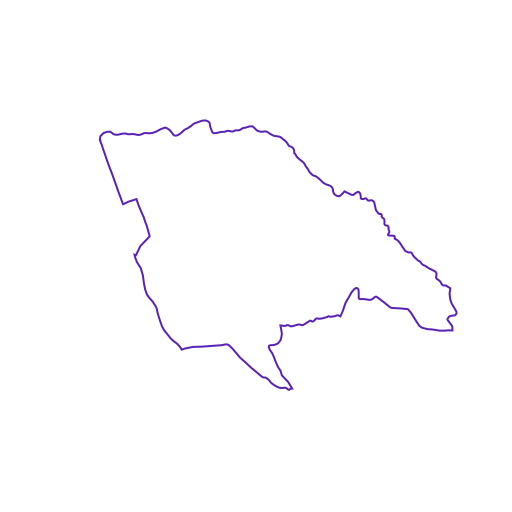 Coatepeque, Quezaltenango, Guatemala, rotated 42°
{"feature_id": "79465075B84423325132752", "entity_name": "Coatepeque", "entity_type": "district", "adm_level": 2, "iso_a3": "GTM", "parent_name": "Guatemala", "parent_adm1": "Quezaltenango", "projection": "mercator", "projection_center": [-91.974, 14.632], "detail": "fine", "context": "isolated", "style": "outline", "palette": "violet", "viewbox_px": 512, "rotation_deg": 42, "n_neighbors": 0, "source": "geoboundaries", "source_scale": "gbopen_adm2", "svg_char_len": 6120}
<svg xmlns="http://www.w3.org/2000/svg" viewBox="0 0 512 512"><g transform="rotate(42 256 256)"><path d="M62.8,274.5L68.0,277.1L68.8,277.7L82.5,285.3L89.9,289.2L91.8,290.1L92.6,290.5L97.7,293.2L109.4,299.6L116.5,303.3L122.5,306.5L123.7,304.0L124.7,301.3L129.1,293.7L131.9,295.3L135.6,297.3L144.4,301.4L146.5,302.2L147.7,302.9L147.9,303.1L151.7,305.2L154.2,306.4L163.8,312.5L163.6,320.6L163.4,326.0L164.8,330.7L166.3,335.9L165.9,336.2L165.0,336.4L166.5,337.6L171.6,340.2L178.7,342.2L184.9,346.1L191.5,351.7L196.3,355.2L200.8,357.6L203.6,358.3L210.0,359.1L214.0,360.2L216.0,360.8L218.0,361.9L221.3,364.4L228.3,368.5L230.8,369.8L233.0,371.1L237.3,372.6L247.7,374.3L251.1,374.4L256.3,374.0L259.8,374.3L263.5,375.3L265.0,372.5L269.9,365.8L276.2,359.8L279.0,356.9L290.2,345.2L292.4,342.2L293.9,340.9L296.0,340.4L301.0,340.6L312.2,342.2L320.2,342.1L326.4,342.3L341.7,341.7L343.2,341.0L344.4,340.0L346.3,339.6L348.8,339.5L350.5,339.9L352.3,340.1L354.9,339.9L357.6,339.5L359.9,338.8L361.5,338.3L363.0,337.3L364.4,335.9L365.5,334.6L367.1,333.8L369.6,333.7L370.1,333.4L370.3,332.0L371.6,330.3L364.2,328.1L355.1,327.4L350.8,324.8L346.9,323.9L340.3,320.9L337.2,319.2L334.9,318.2L333.4,317.5L328.4,316.3L326.0,314.6L325.8,313.7L326.4,312.7L328.5,310.6L330.2,307.9L330.8,306.1L330.6,302.2L329.5,299.9L327.3,296.5L323.7,293.6L320.6,291.3L321.7,290.4L322.8,289.8L323.4,289.3L324.5,288.4L325.1,287.0L325.6,286.4L326.2,285.9L327.0,285.5L327.8,285.4L328.7,285.1L329.3,284.6L329.9,284.0L332.7,279.5L333.3,278.6L334.4,277.7L335.2,277.2L336.5,276.6L337.0,276.1L337.4,275.3L338.6,270.7L339.0,269.6L339.4,268.0L340.0,267.5L341.7,267.0L342.1,266.6L342.4,266.0L342.5,265.4L342.5,264.4L342.4,263.7L342.7,262.0L343.7,261.1L344.3,260.9L344.8,260.5L345.5,259.8L346.4,258.8L347.2,257.7L349.7,253.7L349.8,253.1L350.2,252.2L351.0,251.9L352.2,251.2L353.3,249.8L354.1,249.0L354.9,247.9L355.8,246.1L356.3,245.4L357.1,245.0L359.1,244.4L357.0,238.0L354.8,233.1L353.9,230.9L352.6,224.6L351.3,219.0L351.2,214.7L351.8,212.8L352.7,212.2L353.8,212.1L354.7,212.5L355.8,213.4L360.5,218.5L361.1,218.7L362.0,218.5L364.8,216.0L367.5,214.1L369.2,213.1L370.7,211.6L371.3,210.0L371.8,206.8L372.2,206.1L372.9,205.6L381.7,204.8L390.0,204.4L391.6,203.8L399.1,197.8L404.4,193.9L409.0,194.4L418.6,197.2L423.9,198.6L427.1,198.3L432.1,195.8L436.5,192.4L442.7,188.4L446.3,185.1L448.2,183.0L451.8,179.9L449.6,177.5L448.2,176.7L441.2,175.3L440.6,174.9L440.3,174.0L440.1,172.5L440.3,171.1L440.9,170.0L442.7,168.0L443.5,166.9L443.6,165.9L443.6,165.1L443.3,164.3L442.3,163.4L440.9,162.8L433.3,160.4L431.2,159.3L429.5,158.3L428.0,157.1L425.0,154.4L422.0,150.0L416.9,150.8L415.6,152.0L414.3,152.8L413.7,152.8L412.7,152.6L410.6,151.9L409.6,151.7L408.5,151.6L405.9,152.0L405.0,151.9L403.8,151.1L403.5,150.3L402.9,149.5L402.0,148.5L401.3,147.9L400.7,147.7L400.0,147.6L398.9,147.7L395.7,148.6L393.0,149.4L389.5,149.9L387.6,150.3L386.3,150.8L385.6,150.9L384.8,150.9L383.8,150.8L382.5,150.4L381.2,150.4L380.4,150.7L379.5,150.9L377.6,150.9L374.3,150.8L372.8,150.6L372.0,150.4L370.3,149.7L369.6,149.6L368.8,149.7L368.3,150.0L367.2,151.1L366.7,151.5L366.1,151.6L364.3,152.2L363.4,152.4L362.8,152.3L361.1,151.7L358.9,151.3L355.4,150.3L353.7,149.9L351.4,149.6L350.0,149.7L347.5,150.3L346.4,149.0L345.3,148.6L344.6,149.0L340.9,151.9L340.3,152.1L339.6,151.4L339.3,149.9L339.1,149.1L338.7,148.6L338.0,148.1L337.2,147.8L336.2,147.1L335.4,146.0L334.6,145.5L333.5,145.4L331.8,146.5L331.2,146.6L330.5,146.5L329.8,146.1L328.0,143.9L326.5,142.8L325.9,142.8L324.3,142.9L323.5,142.8L322.8,142.5L322.4,141.8L321.3,141.1L320.5,141.3L319.9,141.9L319.1,142.4L316.7,142.1L315.3,141.9L314.4,141.6L313.7,141.2L312.0,139.9L308.2,137.2L307.0,136.7L306.2,136.8L305.1,137.0L304.2,137.5L303.0,139.2L302.0,139.8L301.0,139.8L299.8,139.5L299.1,139.6L298.4,140.4L297.9,141.5L297.1,142.4L296.2,143.0L295.3,143.0L293.5,141.2L292.2,140.3L291.2,139.8L290.3,139.7L289.3,139.7L288.7,140.3L288.5,140.9L287.9,142.8L287.6,144.8L287.3,145.6L286.6,146.3L286.1,146.6L282.8,147.5L280.1,148.4L279.5,148.4L278.5,148.8L278.6,151.2L278.3,154.6L277.9,155.9L277.0,156.6L276.3,157.0L275.4,157.3L274.2,157.5L273.2,157.6L272.5,157.5L270.9,156.9L270.4,156.6L268.6,155.1L267.6,154.5L265.9,154.0L264.9,154.1L263.9,154.3L260.9,155.5L260.2,155.9L258.4,156.3L257.0,156.5L255.2,156.5L253.3,156.4L250.8,156.4L248.5,156.6L247.3,156.7L246.2,157.1L244.8,157.8L243.8,158.0L240.4,157.9L238.5,157.5L236.4,156.7L232.9,156.0L230.4,155.1L229.7,154.9L228.7,154.8L227.1,154.8L223.3,155.1L220.3,155.0L219.3,154.8L217.4,154.1L216.5,153.8L215.5,153.9L213.9,152.2L213.0,151.6L212.3,151.3L211.0,151.0L209.7,151.1L208.8,151.4L206.7,152.1L204.1,151.4L203.0,151.1L201.7,150.9L200.1,150.9L197.1,151.2L195.4,151.2L194.4,151.3L193.7,151.6L192.5,152.3L191.1,153.2L189.9,154.1L188.9,154.7L185.2,155.7L181.4,156.2L180.5,156.6L179.8,157.0L179.2,157.5L177.6,159.4L176.3,160.5L175.0,161.3L173.3,161.9L172.3,162.1L170.6,162.0L168.9,161.9L167.1,162.0L166.5,162.1L165.8,162.7L165.0,163.5L164.3,164.3L163.4,165.9L162.2,167.8L161.0,169.2L160.6,169.9L160.1,171.8L159.7,173.1L159.1,174.1L158.5,174.8L157.6,175.4L156.5,176.6L155.8,178.4L155.3,179.2L154.1,180.1L151.8,181.4L151.2,181.9L150.6,182.8L150.0,184.0L149.3,185.0L148.8,185.5L147.0,187.1L144.8,190.4L142.7,192.9L141.9,193.2L140.7,193.2L140.0,192.9L136.4,191.1L134.5,189.8L133.3,188.8L132.5,188.2L131.8,188.0L130.7,188.0L128.9,188.5L128.2,188.8L126.9,189.8L125.5,191.4L124.7,192.7L121.4,198.9L121.0,200.7L120.7,203.3L120.2,205.0L119.7,206.9L118.9,208.7L118.3,210.7L118.1,214.0L117.8,215.8L117.2,217.8L116.7,219.1L115.8,220.3L115.1,220.8L114.3,221.1L113.7,221.2L108.9,220.3L107.4,220.2L105.6,220.4L104.5,220.6L103.6,220.9L102.8,221.2L102.3,221.8L101.9,222.4L100.1,226.1L99.2,228.7L98.2,231.1L96.6,234.0L94.8,236.0L94.1,236.6L92.2,238.1L90.7,239.4L90.3,240.2L89.9,241.4L88.3,244.1L87.2,245.1L83.9,247.0L83.1,247.6L82.4,248.2L79.9,250.8L79.1,251.3L77.2,252.2L76.5,252.8L75.8,253.4L74.8,254.6L73.0,257.2L71.9,258.6L71.1,259.3L70.3,259.9L69.2,260.5L68.5,260.8L67.9,260.9L65.4,261.0L64.2,261.3L63.9,261.9L62.8,262.7L62.1,263.5L60.4,266.8L60.2,271.1L62.1,274.0L62.9,274.3L62.8,274.5Z" fill="none" stroke="#5b21b6" stroke-width="2"/></g></svg>